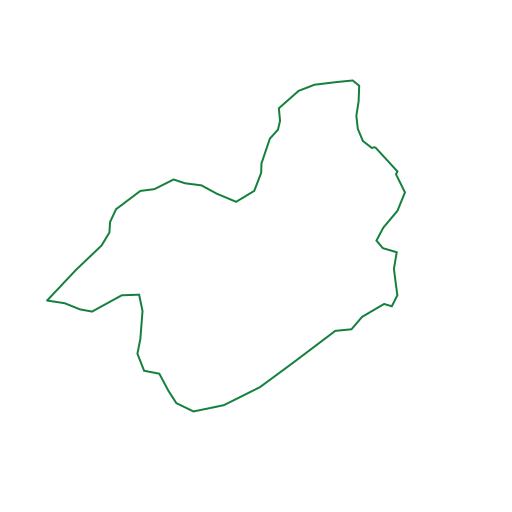 Trollhättan, Västra Götaland, Sweden, rotated 320°
{"feature_id": "70781695B47342349503328", "entity_name": "Trollhättan", "entity_type": "district", "adm_level": 2, "iso_a3": "SWE", "parent_name": "Sweden", "parent_adm1": "Västra Götaland", "projection": "robinson", "projection_center": [12.405, 58.23], "detail": "fine", "context": "isolated", "style": "outline", "palette": "green", "viewbox_px": 512, "rotation_deg": 320, "n_neighbors": 0, "source": "geoboundaries", "source_scale": "gbopen_adm2", "svg_char_len": 964}
<svg xmlns="http://www.w3.org/2000/svg" viewBox="0 0 512 512"><g transform="rotate(320 256 256)"><path d="M327.7,381.8L339.0,377.0L347.0,364.4L353.4,354.5L366.2,343.6L358.2,331.5L358.2,321.6L371.8,316.1L393.4,312.3L411.0,303.0L415.8,283.3L418.7,282.2L417.2,249.2L417.3,249.2L414.2,247.7L411.8,236.7L415.7,224.1L422.9,213.2L434.1,203.4L444.5,191.9L442.9,183.7L429.3,174.4L410.9,162.4L394.9,156.9L368.9,157.5L368.5,157.5L361.3,167.9L354.1,173.3L342.1,175.0L319.7,188.6L313.3,195.7L296.5,205.0L275.6,201.7L266.0,183.1L259.6,166.8L248.4,154.7L242.0,144.4L221.2,139.5L209.2,131.8L178.8,130.2L166.0,136.2L158.8,143.8L144.4,148.7L109.2,150.9L67.5,155.8L67.5,156.0L79.1,169.2L86.9,183.8L94.7,193.2L127.9,199.8L141.6,210.5L133.7,225.2L114.1,245.2L102.4,254.6L96.5,272.0L106.3,284.0L102.3,302.7L100.4,317.5L108.2,334.9L135.5,349.6L174.7,359.0L215.7,361.6L268.6,364.3L282.0,373.5L298.2,370.8L323.3,375.1L327.7,381.8Z" fill="none" stroke="#15803d" stroke-width="2"/></g></svg>